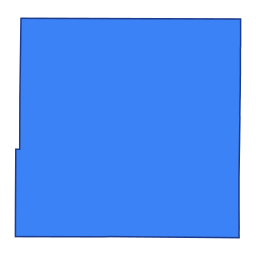 Bourbon, Kansas, United States of America (Albers equal-area conic projection)
{"feature_id": "52423323B75737020105593", "entity_name": "Bourbon", "entity_type": "district", "adm_level": 2, "iso_a3": "USA", "parent_name": "United States of America", "parent_adm1": "Kansas", "projection": "albers", "projection_center": [-94.721, 37.855], "detail": "fine", "context": "isolated", "style": "filled", "palette": "blue", "viewbox_px": 256, "rotation_deg": 0, "n_neighbors": 0, "source": "geoboundaries", "source_scale": "gbopen_adm2", "svg_char_len": 578}
<svg xmlns="http://www.w3.org/2000/svg" viewBox="0 0 256 256"><path d="M15.4,236.6L101.8,236.8L110.9,236.6L239.1,237.7L239.0,232.3L239.1,229.6L239.1,229.0L239.1,227.5L239.0,208.2L239.0,203.7L239.0,177.7L239.4,149.8L239.6,138.9L239.6,134.2L239.7,130.4L239.8,123.5L239.9,117.9L239.8,114.4L239.9,109.2L240.0,100.3L240.1,97.5L240.2,91.8L240.3,80.8L240.3,79.3L240.3,76.8L240.4,74.7L240.4,71.3L240.4,70.4L240.4,58.6L240.4,48.6L240.6,45.8L240.6,19.0L21.0,18.3L19.9,96.9L19.7,149.3L15.8,149.2L15.6,184.3L15.5,201.7L15.4,236.6Z" fill="#3b82f6" stroke="#1e3a8a" stroke-width="1.5"/></svg>